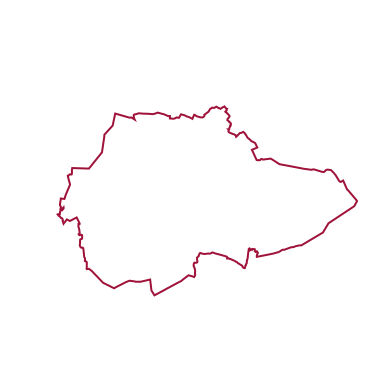 outline of Bykle nor, Aust-Agder, Norway, rotated 235°
{"feature_id": "86288312B46813879091591", "entity_name": "Bykle nor", "entity_type": "district", "adm_level": 2, "iso_a3": "NOR", "parent_name": "Norway", "parent_adm1": "Aust-Agder", "projection": "mercator", "projection_center": [7.279, 59.427], "detail": "fine", "context": "isolated", "style": "outline", "palette": "rose", "viewbox_px": 384, "rotation_deg": 235, "n_neighbors": 0, "source": "geoboundaries", "source_scale": "gbopen_adm2", "svg_char_len": 5835}
<svg xmlns="http://www.w3.org/2000/svg" viewBox="0 0 384 384"><g transform="rotate(235 192 192)"><path d="M280.3,107.6L279.3,106.7L279.0,106.2L277.4,105.3L276.7,104.7L276.1,104.3L275.9,104.0L275.4,103.5L275.5,103.2L276.4,102.3L276.5,102.0L276.5,101.1L276.3,100.4L276.5,100.2L276.6,99.6L275.3,99.0L268.3,96.5L268.0,96.3L267.2,95.1L264.8,91.2L261.6,86.2L260.2,84.6L259.5,83.5L261.9,80.8L261.2,80.3L260.5,79.5L260.0,79.1L259.4,78.4L259.0,78.1L258.3,77.4L258.1,77.1L256.7,76.2L255.6,76.2L254.7,75.8L254.3,75.7L254.1,75.2L253.7,75.2L252.9,76.1L252.9,76.4L252.8,76.5L253.1,78.0L252.2,77.5L252.1,77.4L252.4,77.5L252.3,77.3L252.2,77.2L251.9,76.7L251.7,75.8L251.8,75.4L251.9,75.2L251.7,75.3L251.6,75.1L251.9,74.9L251.9,74.7L252.2,74.7L252.3,74.3L252.4,74.2L252.7,74.2L252.8,74.1L252.0,73.6L251.6,72.7L251.1,72.2L250.4,71.7L249.5,70.9L249.5,70.7L249.9,70.5L250.6,69.7L250.7,69.1L249.3,69.2L249.1,69.1L248.3,69.5L247.4,69.7L247.2,69.7L246.7,69.8L246.2,69.7L245.1,70.4L244.3,70.5L243.5,70.1L242.9,70.1L242.6,69.8L242.6,69.5L242.4,69.4L239.7,68.6L240.2,69.9L240.2,70.4L241.3,73.8L238.3,75.3L237.3,82.9L231.7,82.1L230.6,81.9L230.4,81.7L230.7,81.5L231.1,80.8L231.0,80.7L230.1,80.2L229.6,79.6L228.7,79.1L225.9,78.1L225.7,78.1L224.9,77.5L224.3,77.3L223.1,76.6L222.4,76.0L222.5,75.4L222.5,75.0L222.3,74.8L221.9,74.8L220.9,75.3L220.8,75.7L220.8,76.3L220.4,76.8L219.9,77.2L219.5,77.1L217.7,75.9L217.5,75.7L216.9,75.2L216.8,74.9L216.9,74.6L217.0,74.1L217.3,73.5L217.3,73.3L216.8,72.9L216.6,72.6L215.3,71.6L214.8,71.4L213.3,70.0L212.5,69.4L211.2,69.1L210.3,69.2L209.8,69.4L209.3,70.4L208.8,70.4L208.4,70.7L203.3,68.0L201.6,66.9L200.3,66.4L198.9,66.2L197.3,65.2L197.1,64.7L196.8,64.6L195.7,65.4L194.9,65.6L190.5,62.5L189.9,61.8L189.2,61.6L188.2,63.3L188.2,63.5L184.9,64.6L168.6,67.1L157.8,73.0L157.6,75.5L156.1,86.1L155.2,89.9L151.8,93.6L150.7,94.5L147.9,98.6L144.3,107.5L134.6,102.3L128.9,102.0L127.5,113.5L127.3,116.0L127.2,116.5L125.9,127.7L125.3,131.8L125.3,132.3L125.5,134.7L125.8,141.3L122.6,144.0L121.1,145.0L121.5,145.9L122.5,147.3L123.6,147.7L124.1,148.1L124.3,148.2L124.9,148.9L126.8,150.0L129.4,150.8L129.7,150.7L130.3,150.9L130.5,151.1L131.1,151.3L132.5,152.7L132.5,153.0L132.7,153.5L132.2,154.0L131.8,154.5L131.5,155.1L131.4,155.6L131.4,155.9L131.8,156.4L132.6,156.9L134.4,157.7L135.3,158.4L135.4,158.8L135.5,160.2L135.6,160.4L135.6,160.6L136.2,161.1L136.4,161.7L137.3,163.0L137.4,163.3L137.3,163.8L135.0,165.6L134.0,166.8L133.5,167.6L132.5,169.6L132.3,170.0L131.8,170.5L131.2,171.4L130.9,172.3L130.9,173.7L130.8,174.0L130.5,174.3L128.2,175.9L124.5,179.1L119.4,183.2L118.9,183.4L118.4,183.4L117.5,182.6L116.9,183.3L116.8,183.6L116.7,184.0L116.1,184.1L115.5,184.6L115.3,184.9L115.1,184.9L114.8,185.3L114.4,185.4L111.2,187.4L109.6,188.0L109.2,188.4L107.9,188.8L107.2,188.8L107.0,189.0L105.8,189.6L104.5,190.0L103.8,190.5L102.3,190.8L102.0,190.6L100.6,190.6L100.1,190.8L99.5,191.4L99.4,191.7L99.5,191.9L100.4,192.9L100.8,193.2L101.1,193.7L101.1,194.1L101.6,194.5L102.0,195.2L102.3,196.0L104.2,197.5L104.3,197.8L104.9,198.2L105.4,199.2L110.1,203.3L111.8,205.0L112.6,205.6L112.8,206.2L112.8,206.8L112.4,206.9L110.9,206.2L110.8,206.7L110.7,207.1L110.9,207.2L111.0,207.4L111.0,207.7L110.8,208.0L110.6,208.0L110.2,208.2L110.4,208.7L110.6,208.9L110.0,209.7L109.0,210.6L107.8,209.8L107.6,209.5L106.5,209.7L106.3,209.8L106.3,211.1L106.0,211.2L105.5,211.1L105.0,211.2L104.4,211.1L104.3,210.6L104.1,210.3L103.7,210.1L103.6,209.8L103.5,209.5L102.4,208.3L101.7,207.9L94.7,223.8L94.5,224.8L93.1,228.3L93.1,229.1L92.9,230.2L92.9,232.3L92.6,233.4L91.8,234.3L89.9,241.4L88.6,243.6L88.2,245.7L86.5,249.7L85.6,250.8L83.7,276.0L88.1,285.9L87.3,316.8L89.9,322.0L91.6,322.0L103.2,320.9L105.2,320.5L114.7,322.4L114.9,319.7L115.3,319.2L116.8,318.9L123.1,319.3L126.4,319.1L130.2,318.4L132.6,315.9L133.1,314.5L132.9,313.2L132.7,312.3L132.8,311.3L134.4,309.7L140.2,305.2L140.9,304.4L141.4,303.5L141.5,302.8L146.5,297.3L157.4,286.7L164.2,280.0L164.5,279.8L164.6,279.6L172.5,276.4L174.3,275.5L177.8,268.8L178.2,268.7L178.7,268.3L179.1,267.9L179.2,267.6L179.4,267.2L179.2,266.8L179.1,266.3L179.4,265.4L179.8,265.0L180.0,264.5L180.7,263.7L181.1,263.5L181.2,263.3L192.2,265.3L191.0,271.0L195.8,271.8L196.2,271.6L198.1,270.8L198.8,270.2L199.7,269.8L200.5,269.6L201.3,269.7L203.8,268.8L205.1,268.7L207.2,268.9L208.7,268.8L209.2,269.1L211.8,268.5L212.0,267.7L212.1,266.4L212.8,265.0L212.3,262.1L212.0,260.8L211.9,259.8L212.8,260.1L213.7,260.3L214.3,259.9L214.6,259.8L215.1,259.5L216.1,258.7L217.0,258.2L218.4,257.2L219.5,256.6L220.3,256.5L220.8,256.6L221.5,257.6L222.3,257.6L222.2,257.7L222.3,258.0L222.3,258.7L223.0,259.2L223.4,260.1L223.8,260.5L223.8,261.0L224.2,261.6L224.5,261.6L224.4,261.9L224.5,262.1L225.7,263.1L226.4,263.1L226.8,263.0L227.1,263.1L227.4,262.7L227.7,262.6L228.5,262.8L230.6,262.2L231.2,262.7L231.4,263.2L231.6,263.7L231.6,264.0L232.1,265.5L232.4,266.1L232.7,266.4L236.0,266.1L236.3,265.8L237.0,265.9L238.4,265.3L238.7,265.3L238.8,265.6L238.8,266.5L239.0,267.2L239.2,267.4L239.7,267.5L240.0,267.8L240.1,268.3L241.0,267.8L242.0,267.8L243.0,267.6L243.5,267.6L243.6,266.2L243.8,265.8L243.8,263.0L245.0,262.5L245.4,261.9L246.9,261.4L247.9,260.9L248.2,258.3L249.6,256.8L249.5,255.5L249.6,254.2L248.7,252.6L248.3,251.3L248.2,246.4L247.5,246.1L247.2,245.6L247.0,245.4L246.9,244.6L247.0,243.4L247.8,242.5L248.1,241.9L251.2,239.4L253.7,238.4L254.0,238.1L252.0,234.7L251.7,234.3L254.2,233.0L256.3,231.6L256.9,231.0L259.0,230.0L261.9,227.6L260.7,224.8L260.2,224.0L262.0,222.0L262.0,220.8L262.5,219.0L264.9,216.1L266.9,217.5L267.8,216.0L271.5,213.8L276.7,209.4L277.2,207.3L278.3,204.5L281.1,201.1L284.3,196.8L286.4,194.3L287.1,193.3L287.7,191.2L288.5,189.4L288.5,188.5L286.4,187.1L284.2,186.6L287.8,185.1L288.8,183.4L300.3,174.1L291.9,165.1L289.2,153.1L288.0,152.2L276.1,141.0L270.3,121.0L279.3,109.0L280.3,107.6Z" fill="none" stroke="#9f1239" stroke-width="2"/></g></svg>